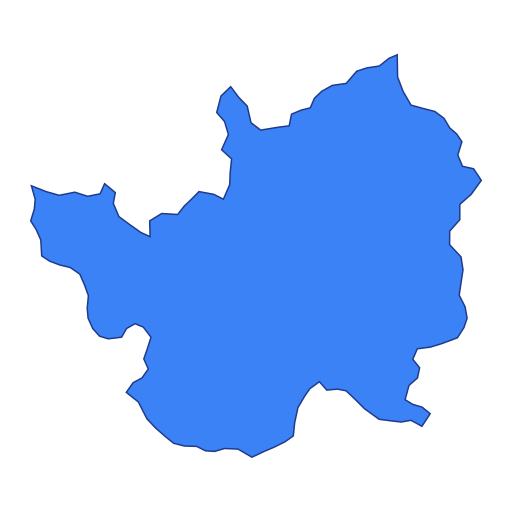 Lamim, Minas Gerais, Brazil (Robinson projection)
{"feature_id": "56859067B83633807690549", "entity_name": "Lamim", "entity_type": "district", "adm_level": 2, "iso_a3": "BRA", "parent_name": "Brazil", "parent_adm1": "Minas Gerais", "projection": "robinson", "projection_center": [-43.481, -20.776], "detail": "fine", "context": "isolated", "style": "filled", "palette": "blue", "viewbox_px": 512, "rotation_deg": 0, "n_neighbors": 0, "source": "geoboundaries", "source_scale": "gbopen_adm2", "svg_char_len": 1837}
<svg xmlns="http://www.w3.org/2000/svg" viewBox="0 0 512 512"><path d="M216.7,112.5L224.6,121.6L228.4,134.5L221.6,149.8L231.6,158.9L230.2,172.5L229.7,184.7L223.4,199.2L213.7,194.3L199.0,191.6L191.5,199.2L184.3,206.0L177.7,214.5L161.7,213.5L149.7,220.9L150.1,236.7L140.9,232.5L130.4,225.1L118.9,216.6L113.3,203.4L115.3,192.6L104.6,183.7L100.1,193.8L87.7,196.3L74.8,192.2L59.2,195.3L46.1,191.6L31.4,185.8L35.2,199.2L34.3,209.1L30.7,220.9L36.1,229.4L40.8,240.0L41.7,255.9L49.9,261.3L59.9,265.0L70.2,267.5L79.8,274.1L84.3,284.4L88.4,295.6L87.2,308.4L88.1,318.2L92.7,328.5L99.6,336.2L108.3,338.8L121.6,337.2L126.6,328.5L135.0,323.7L143.3,327.1L151.0,337.2L147.0,349.8L143.8,358.9L148.3,369.0L142.0,377.9L133.1,382.7L126.3,392.4L138.3,401.9L147.0,418.9L155.6,428.0L165.0,436.3L173.7,443.3L184.3,446.0L196.7,446.4L205.5,450.8L214.6,451.4L224.6,448.5L238.1,449.1L251.9,457.2L264.6,451.2L273.6,447.4L284.8,441.9L293.3,435.9L294.7,422.6L297.9,407.7L304.4,396.6L309.8,388.7L319.4,381.7L326.8,390.1L337.4,389.1L346.1,390.8L354.4,398.6L364.6,408.8L379.1,419.3L392.2,421.0L401.3,422.0L411.0,420.3L421.9,426.3L430.2,413.7L422.1,407.1L412.8,404.4L405.1,399.7L409.0,385.4L417.5,377.9L419.6,367.8L412.8,359.3L417.3,348.8L430.4,347.1L441.8,343.6L457.4,337.8L463.9,327.7L467.1,318.2L465.1,306.8L459.2,295.2L461.0,283.0L463.0,269.8L461.0,256.9L449.6,244.7L449.7,231.1L459.8,219.7L459.8,204.4L471.2,194.3L481.3,180.4L473.6,168.8L462.5,166.3L457.8,155.0L461.9,141.7L456.6,133.9L449.7,127.9L444.0,118.3L434.9,111.5L422.9,108.4L411.0,105.1L403.1,91.4L397.6,77.0L397.2,54.8L389.0,58.3L379.3,66.0L366.9,67.9L356.7,71.2L346.2,83.4L332.3,85.4L321.8,91.2L314.4,98.3L310.3,107.8L301.2,110.1L291.5,114.2L289.2,125.8L277.1,127.4L260.7,130.1L251.0,122.7L247.2,106.1L238.6,97.2L230.7,86.7L221.0,96.0L216.7,112.5Z" fill="#3b82f6" stroke="#1e3a8a" stroke-width="1.5"/></svg>